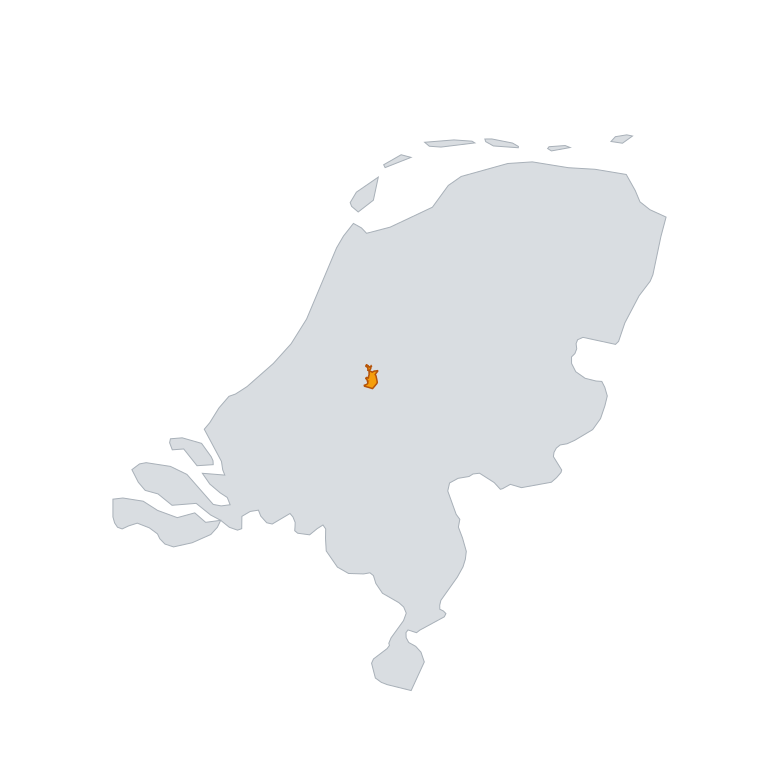 Hilversum, Noord-Holland, Netherlands shown in context, rotated 12°
{"feature_id": "6326949B10155979142139", "entity_name": "Hilversum", "entity_type": "district", "adm_level": 2, "iso_a3": "NLD", "parent_name": "Netherlands", "parent_adm1": "Noord-Holland", "projection": "mercator", "projection_center": [5.144, 52.232], "detail": "fine", "context": "in_parent", "style": "filled", "palette": "amber", "viewbox_px": 768, "rotation_deg": 12, "n_neighbors": 0, "source": "geoboundaries", "source_scale": "gbopen_adm2", "svg_char_len": 5454}
<svg xmlns="http://www.w3.org/2000/svg" viewBox="0 0 768 768"><g transform="rotate(12 384 384)"><path d="M474.3,678.2L461.6,677.8L449.7,677.4L443.4,676.4L436.7,673.4L433.6,667.2L429.9,659.7L430.9,655.1L442.1,642.1L443.7,638.5L442.6,636.6L443.7,630.8L452.3,611.4L453.4,603.5L449.6,598.0L444.0,594.8L426.0,589.0L417.5,580.8L413.5,573.6L409.5,571.6L403.6,574.0L388.7,576.7L376.5,572.8L362.2,559.3L358.9,547.2L357.1,537.9L353.6,534.6L348.7,539.4L342.6,547.0L330.6,547.9L327.2,546.1L326.6,541.9L325.9,537.9L322.6,533.0L319.0,530.2L303.8,544.2L298.1,544.1L290.9,538.8L287.4,533.5L279.6,536.5L272.5,543.0L274.9,555.1L271.1,557.4L262.5,556.3L252.6,551.3L241.7,548.2L225.1,539.8L201.9,546.7L185.8,538.5L172.5,537.7L164.1,531.2L155.2,520.2L161.5,513.0L167.7,510.4L192.2,509.0L210.0,513.4L242.0,537.3L250.1,537.1L258.6,534.1L254.3,527.6L246.3,524.5L234.4,518.1L224.9,509.1L247.2,506.2L244.1,501.5L241.1,493.5L217.6,465.6L221.6,458.1L227.5,441.8L234.9,428.3L240.8,424.7L250.5,415.1L271.5,386.9L284.8,363.9L294.8,336.5L309.3,260.7L313.6,247.7L320.7,233.3L329.5,236.0L335.6,240.2L357.4,229.3L394.6,201.0L405.6,176.4L416.4,164.9L459.2,142.6L482.9,135.9L519.4,134.1L545.8,130.1L577.4,128.7L589.5,142.5L596.5,152.6L607.8,158.2L625.2,162.1L624.2,182.0L624.3,221.2L623.0,228.1L615.2,244.6L606.9,274.1L604.6,293.5L602.2,297.1L568.9,297.0L564.2,300.4L563.5,304.6L565.2,309.5L564.4,314.5L561.8,318.5L563.2,324.9L569.0,332.1L579.5,336.6L590.7,337.0L596.5,336.2L600.7,341.4L604.9,349.3L604.6,359.3L603.0,372.8L597.6,385.2L582.3,399.4L575.5,404.4L569.0,407.0L565.9,410.8L564.5,415.5L564.8,419.8L575.7,431.2L575.5,433.8L572.3,439.7L568.1,445.3L540.0,456.8L528.4,455.9L521.8,461.7L519.7,462.8L512.3,457.5L496.0,451.4L489.8,453.5L486.4,456.8L476.0,460.9L468.7,467.2L468.6,475.4L481.7,496.5L486.3,500.6L486.5,508.5L492.8,518.3L499.3,530.6L500.0,538.5L499.3,546.4L495.9,557.6L484.6,583.8L484.5,588.8L485.4,592.7L489.3,593.7L492.3,595.7L491.4,599.2L470.2,617.3L467.5,620.5L458.6,619.6L457.2,622.6L458.4,627.5L461.9,631.7L469.5,634.0L475.9,638.6L481.2,647.5L474.3,678.2ZM252.6,551.3L250.8,558.8L245.9,567.2L229.3,579.2L212.0,587.1L203.0,586.1L196.9,582.0L193.6,577.7L184.4,573.5L171.6,571.4L163.7,575.9L158.0,580.2L153.1,579.5L149.4,575.9L146.5,570.4L142.8,553.0L152.3,549.8L172.8,548.7L188.7,554.7L209.6,557.7L225.7,549.4L238.3,556.4L252.6,551.3ZM217.9,480.0L230.1,491.1L232.7,494.6L233.7,498.4L218.1,502.8L201.6,489.2L190.6,492.4L186.5,486.0L186.5,482.0L197.8,478.6L217.9,480.0ZM335.4,206.4L323.0,221.1L315.4,217.0L313.2,213.6L317.1,202.1L335.4,182.8L335.4,206.4ZM390.5,140.4L378.9,142.0L373.5,139.1L401.7,130.7L419.6,128.2L422.7,129.3L390.5,140.4ZM466.2,125.0L441.5,128.4L433.1,125.8L431.7,123.4L438.5,121.9L459.6,121.6L466.1,123.7L466.2,125.0ZM363.3,156.7L340.1,172.1L338.1,169.6L353.1,156.2L363.3,156.7ZM567.2,98.9L555.6,99.6L558.9,94.0L569.7,89.8L575.5,89.8L567.2,98.9ZM516.9,114.0L499.3,121.2L495.1,119.7L496.1,117.6L511.6,113.1L516.9,114.0Z" fill="#d9dde1" stroke="#a8b0b8" stroke-width="1"/><path d="M377.1,383.8L375.8,380.6L375.3,379.6L374.6,377.9L373.4,376.5L374.0,375.1L374.8,373.6L375.2,372.6L374.9,372.3L373.1,373.0L372.8,373.1L372.6,373.2L372.3,373.2L372.2,373.2L372.0,373.3L371.5,373.6L370.0,374.9L369.5,374.7L367.4,374.2L367.2,374.1L366.9,374.1L366.9,373.9L366.9,373.7L366.9,373.4L367.0,373.3L367.0,373.2L367.3,373.0L367.4,372.8L367.4,372.7L367.6,372.3L367.7,372.0L367.7,371.9L367.8,371.8L367.8,371.7L367.7,371.7L367.7,371.4L367.7,371.2L367.4,370.9L367.5,370.8L367.6,370.6L367.4,370.4L367.7,370.0L367.8,370.0L368.0,369.6L368.1,369.4L368.0,369.2L367.9,369.2L367.6,368.9L367.5,369.2L367.4,369.4L367.3,369.6L367.2,369.8L366.9,370.1L366.5,370.4L366.4,370.3L366.4,370.2L366.2,370.2L365.9,370.2L365.7,370.2L365.4,370.2L365.2,370.0L365.2,369.9L365.1,369.7L364.9,369.5L364.7,369.4L364.4,369.4L364.2,369.3L363.9,369.3L363.8,369.2L363.7,369.2L363.4,369.0L363.4,368.9L363.2,368.8L362.9,368.8L362.8,369.0L362.8,369.3L362.7,369.3L362.6,369.5L362.5,369.8L362.5,370.0L362.5,370.3L362.7,370.5L362.8,370.5L363.0,370.6L363.3,370.8L363.6,370.9L364.6,371.2L364.6,371.3L364.7,371.5L364.8,371.7L364.8,371.8L364.9,372.1L365.0,372.2L365.0,372.3L365.0,372.5L365.2,373.0L365.3,373.4L365.4,373.9L365.4,374.0L365.5,374.0L366.3,374.1L366.8,374.0L366.8,374.8L366.8,375.2L367.2,375.2L367.2,375.9L367.2,376.2L367.2,376.8L367.2,377.0L367.4,377.3L367.5,377.4L367.5,377.5L367.5,377.8L367.5,378.1L367.5,378.3L367.4,378.4L367.4,378.5L367.4,378.9L367.4,380.1L367.5,381.1L367.3,381.2L367.3,381.3L367.0,381.2L367.0,381.3L366.1,381.3L365.7,381.3L365.7,381.7L365.9,381.7L366.0,381.7L366.0,381.9L365.7,381.9L365.1,381.9L365.0,382.0L365.1,382.3L365.1,382.5L365.3,382.6L365.5,382.7L365.8,382.8L365.9,383.0L366.4,383.3L366.5,383.4L366.5,383.5L366.7,383.8L366.8,383.8L366.9,384.0L367.0,384.2L367.1,384.3L367.1,384.5L367.4,384.6L367.5,384.6L367.3,384.8L367.6,385.3L367.8,385.7L367.8,385.9L367.9,386.0L368.0,386.3L368.0,386.5L367.9,386.8L367.9,387.0L367.7,387.2L367.5,387.5L367.4,387.6L367.2,387.9L367.1,388.0L366.8,388.2L366.7,388.3L366.4,388.5L366.2,388.6L366.1,388.8L365.9,388.9L365.6,389.0L365.4,389.1L365.1,389.2L365.0,389.3L365.1,389.6L365.1,389.8L365.2,390.0L365.4,390.2L365.5,390.2L365.8,390.3L366.0,390.3L366.3,390.3L366.5,390.3L367.0,390.3L367.3,390.4L367.6,390.4L369.6,390.5L370.6,390.6L371.1,390.6L371.4,390.7L371.9,390.7L373.4,390.9L373.7,390.8L373.8,390.8L375.6,387.5L375.8,387.1L376.2,386.3L376.7,385.4L376.9,385.0L376.9,384.9L377.1,383.8Z" fill="#f59e0b" stroke="#b45309" stroke-width="1.5"/></g></svg>